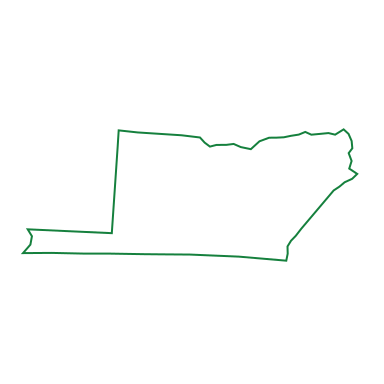 Planalto Alegre, Santa Catarina, Brazil (Robinson projection), rotated 275°
{"feature_id": "56859067B50692822496995", "entity_name": "Planalto Alegre", "entity_type": "district", "adm_level": 2, "iso_a3": "BRA", "parent_name": "Brazil", "parent_adm1": "Santa Catarina", "projection": "robinson", "projection_center": [-52.861, -27.043], "detail": "fine", "context": "isolated", "style": "outline", "palette": "green", "viewbox_px": 384, "rotation_deg": 275, "n_neighbors": 0, "source": "geoboundaries", "source_scale": "gbopen_adm2", "svg_char_len": 808}
<svg xmlns="http://www.w3.org/2000/svg" viewBox="0 0 384 384"><g transform="rotate(275 192 192)"><path d="M131.8,291.9L138.9,292.7L146.1,291.9L152.1,294.9L157.4,299.2L165.0,304.1L205.9,333.0L210.2,338.4L215.0,343.2L219.1,350.4L224.4,355.0L229.0,346.6L236.8,348.3L244.4,344.7L249.5,347.9L256.7,346.6L263.5,342.9L267.6,337.6L261.6,329.6L262.6,322.8L261.0,314.2L259.5,305.9L261.7,299.6L258.5,293.4L256.6,285.7L254.5,278.7L253.5,271.4L252.8,264.1L248.4,254.8L239.8,246.9L241.0,236.7L243.5,229.3L242.0,222.3L241.0,212.2L238.8,205.9L242.3,200.3L247.0,195.2L247.6,176.7L246.6,132.7L247.0,113.6L230.4,114.0L144.0,115.7L140.5,31.6L134.0,36.4L125.5,35.6L116.4,29.0L119.1,57.5L121.3,90.9L123.3,113.3L125.9,149.8L127.3,167.8L129.5,195.4L131.7,244.3L131.8,291.9Z" fill="none" stroke="#15803d" stroke-width="2"/></g></svg>